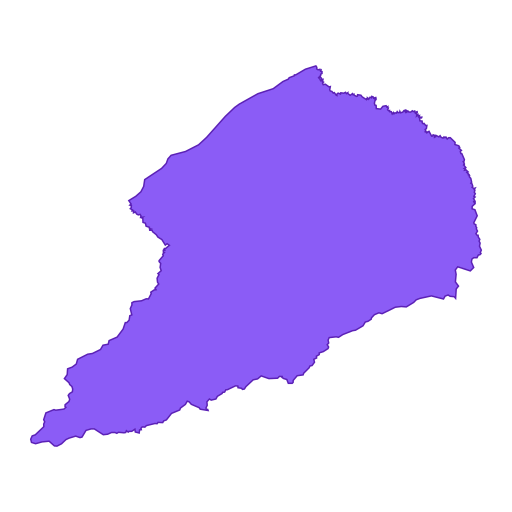 Riohacha, La Guajira, Colombia (Albers equal-area conic projection)
{"feature_id": "7082276B41074866331491", "entity_name": "Riohacha", "entity_type": "district", "adm_level": 2, "iso_a3": "COL", "parent_name": "Colombia", "parent_adm1": "La Guajira", "projection": "albers", "projection_center": [-72.946, 11.235], "detail": "fine", "context": "isolated", "style": "filled", "palette": "violet", "viewbox_px": 512, "rotation_deg": 0, "n_neighbors": 0, "source": "geoboundaries", "source_scale": "gbopen_adm2", "svg_char_len": 5998}
<svg xmlns="http://www.w3.org/2000/svg" viewBox="0 0 512 512"><path d="M472.2,206.3L475.0,203.7L473.7,201.5L474.4,201.1L475.1,202.1L475.1,201.3L473.5,198.5L475.1,197.0L473.9,196.3L475.3,193.7L474.3,192.3L474.9,190.2L474.2,189.7L475.1,188.1L473.9,188.5L472.1,187.3L472.8,186.2L471.7,183.1L471.0,183.1L471.6,182.0L470.8,178.4L469.3,176.8L469.6,175.6L468.5,174.9L469.0,174.5L466.9,172.4L468.1,171.9L466.1,170.0L464.7,170.2L465.4,169.1L464.2,168.5L465.8,167.5L464.1,165.5L464.3,164.6L463.7,164.7L464.2,163.1L463.2,161.7L464.1,161.1L464.4,159.6L461.8,153.6L460.8,153.5L460.3,151.3L461.4,150.4L458.9,148.1L459.7,147.5L458.8,145.8L454.9,144.5L455.1,142.4L450.3,137.7L448.7,137.7L447.2,139.0L445.9,137.0L444.9,137.7L444.0,136.9L443.0,138.1L441.1,137.3L440.1,135.7L438.9,136.9L436.0,135.4L435.7,136.6L434.5,137.3L434.5,135.3L433.1,134.8L432.6,136.0L431.6,136.1L429.0,131.3L426.2,133.2L426.9,131.9L425.2,131.7L425.7,130.4L425.2,129.4L426.4,128.6L426.9,125.4L425.7,125.5L424.0,123.4L423.2,123.8L422.2,122.8L422.1,121.1L419.9,120.8L419.5,118.0L421.5,117.9L421.8,117.2L418.9,117.1L419.4,115.6L418.2,116.0L418.0,114.6L416.6,115.9L416.9,114.1L415.9,113.6L417.2,112.5L417.1,111.7L415.0,112.4L414.7,111.0L413.2,111.6L412.3,110.8L410.7,112.1L408.8,112.0L408.2,111.2L405.9,112.6L405.1,111.6L406.6,110.5L405.7,110.0L403.9,110.6L402.7,112.2L400.5,112.8L399.9,111.5L399.7,112.5L398.1,112.7L397.2,111.6L396.4,113.1L395.0,112.8L394.0,113.8L393.4,112.5L392.2,114.0L391.3,111.7L389.8,111.7L389.6,110.5L388.8,110.8L387.6,109.7L388.4,108.0L387.6,107.5L387.8,106.6L386.8,107.0L386.1,105.7L382.9,106.3L380.6,109.1L376.3,108.6L376.1,105.4L374.9,105.1L374.4,103.3L375.0,100.5L375.9,99.7L374.8,99.0L376.0,98.4L375.8,97.5L373.6,98.1L373.3,97.0L371.8,96.4L371.5,97.8L370.1,97.2L368.9,98.9L367.6,97.9L367.8,99.2L366.6,98.7L366.4,99.6L362.1,96.8L360.9,95.2L357.6,94.7L357.4,96.1L356.5,96.4L354.1,95.2L354.0,94.2L352.9,94.6L352.5,93.6L350.2,95.3L347.7,93.4L347.8,92.7L346.4,93.6L345.5,92.3L343.8,93.2L340.8,92.8L340.5,94.0L338.1,93.1L336.7,94.3L336.9,95.5L336.3,95.3L334.3,92.6L333.3,93.1L331.9,91.4L330.3,91.0L329.7,89.8L330.3,86.6L329.1,86.9L325.3,84.2L323.2,84.7L322.5,83.0L323.5,82.1L322.5,81.5L322.9,79.7L320.9,80.9L320.2,79.9L321.6,79.7L321.9,78.9L320.7,77.3L319.2,78.3L318.6,77.7L320.7,75.4L320.7,74.2L322.0,73.5L322.0,71.6L320.8,71.3L321.0,70.1L320.3,70.5L319.9,69.3L318.1,69.8L316.7,68.9L316.8,67.3L315.9,65.9L305.4,69.2L295.7,74.9L294.4,74.9L294.2,75.8L289.2,77.7L288.2,79.2L283.0,81.5L273.2,88.7L257.9,93.7L239.3,104.1L234.6,107.5L225.4,116.3L206.6,137.4L198.6,144.8L185.5,151.5L171.1,155.3L167.9,158.9L166.3,163.4L161.6,168.4L144.7,179.6L143.7,186.4L140.9,191.8L135.8,196.3L128.8,200.6L131.0,203.9L130.4,204.5L131.0,205.0L130.2,205.3L131.3,205.8L131.3,207.5L130.3,208.7L132.5,209.9L132.0,210.9L133.6,210.9L133.5,212.8L135.4,212.0L136.6,214.0L138.3,214.9L140.1,214.4L141.0,215.9L140.6,217.4L142.7,217.2L141.7,217.9L142.8,218.4L143.0,222.4L145.4,223.2L146.1,226.2L149.4,227.3L149.4,228.4L150.5,228.8L149.6,229.0L149.7,230.2L152.1,230.3L152.6,231.7L156.3,234.7L157.9,237.1L161.9,239.6L165.3,245.1L167.1,243.7L169.4,245.3L165.2,248.8L164.4,248.5L163.9,249.4L164.6,250.2L163.3,250.4L163.4,252.4L164.3,252.5L162.7,254.3L163.3,255.7L159.1,260.6L159.1,261.6L160.7,263.4L160.1,267.4L161.2,270.7L157.9,273.6L159.0,274.6L157.1,278.2L157.5,282.2L158.7,284.0L155.0,288.1L156.0,289.7L154.2,289.9L150.8,292.2L151.2,293.7L148.5,298.9L146.2,298.8L141.5,300.8L134.1,301.6L131.9,302.7L131.9,305.0L130.3,308.6L131.8,314.9L129.8,315.7L129.1,320.2L126.8,322.6L125.3,322.6L123.1,329.1L117.1,337.1L109.1,340.6L108.2,344.2L103.0,345.2L100.5,349.5L92.4,353.5L87.7,354.2L77.6,359.3L76.3,364.0L72.2,367.1L67.6,368.8L67.2,374.6L64.4,378.6L69.0,382.7L69.7,384.5L71.9,386.5L72.7,389.0L72.4,391.8L69.5,393.6L68.2,395.4L69.7,399.2L69.0,401.5L65.1,404.7L65.0,406.4L65.9,407.3L63.9,409.1L55.7,410.2L54.0,409.6L45.9,412.9L43.7,419.7L44.7,421.8L43.7,424.1L43.8,426.7L35.3,434.8L32.2,435.9L30.7,439.2L31.5,442.4L35.6,443.7L42.0,441.9L49.1,441.2L54.4,445.9L57.0,446.1L61.5,443.8L65.9,439.6L69.1,438.1L75.7,436.1L80.0,437.6L82.0,437.1L86.0,430.4L91.1,428.9L94.3,428.9L103.3,434.7L107.7,434.2L111.5,432.5L115.0,432.5L116.8,433.3L118.5,432.3L124.0,432.8L125.7,432.5L126.4,430.7L128.2,432.1L129.0,431.4L131.8,431.3L134.9,429.2L135.3,432.0L139.2,433.0L139.6,429.9L141.3,429.7L140.9,428.3L142.2,426.9L144.9,427.1L146.4,425.6L154.9,423.5L157.1,423.7L158.0,422.4L162.7,422.6L163.7,420.9L166.4,419.9L171.5,413.4L179.7,410.0L180.5,408.0L185.4,404.4L187.2,401.2L189.1,401.8L191.3,404.3L199.2,407.7L200.2,409.2L208.1,410.5L207.7,409.4L206.3,409.4L206.0,407.9L207.2,405.3L206.9,401.8L209.4,399.0L211.2,400.1L215.9,399.0L217.4,396.3L222.1,393.5L222.5,392.4L224.6,392.1L225.8,389.8L227.4,389.7L235.6,385.8L237.9,386.1L238.0,387.7L241.6,388.3L242.4,389.4L244.4,389.0L245.9,386.6L253.2,379.8L257.6,378.9L261.2,375.9L268.9,378.6L277.6,378.2L279.4,376.4L282.1,376.5L281.9,377.3L283.5,378.5L286.8,379.5L288.3,383.3L292.2,383.3L293.1,382.4L293.2,380.4L297.2,375.7L303.1,374.9L303.7,373.2L309.1,367.8L309.9,366.0L312.1,365.5L314.5,362.2L313.8,359.3L316.6,358.0L316.4,356.2L319.2,354.6L319.2,352.9L323.3,351.6L328.0,348.6L328.6,347.0L327.2,344.7L328.7,343.0L328.1,340.1L329.2,337.6L336.2,336.8L338.5,337.3L342.9,334.5L352.5,330.7L355.5,330.2L363.0,325.8L365.3,322.0L368.0,321.3L371.2,319.2L371.5,317.8L374.4,314.7L378.9,312.8L382.1,313.7L395.3,307.2L401.3,306.5L406.3,306.9L413.7,302.4L416.2,299.8L419.9,298.4L431.4,295.9L443.5,299.0L445.1,296.1L448.1,295.0L450.1,296.3L454.2,296.7L455.6,298.3L456.2,289.0L458.5,286.1L455.4,281.9L456.1,274.3L455.3,270.0L457.7,266.8L470.3,270.9L473.7,267.5L471.4,262.1L471.9,259.1L473.7,257.7L477.0,257.7L478.4,254.9L479.8,254.8L481.0,253.6L480.3,252.6L481.3,250.1L479.5,246.2L480.1,243.1L479.1,241.1L479.8,239.4L478.3,237.1L478.1,235.3L477.3,235.4L475.9,233.7L477.5,231.1L476.3,228.9L476.7,227.7L475.8,226.4L475.9,224.8L474.1,223.8L473.8,222.7L477.2,215.8L474.9,209.7L472.1,208.8L472.2,206.3Z" fill="#8b5cf6" stroke="#5b21b6" stroke-width="1.5"/></svg>